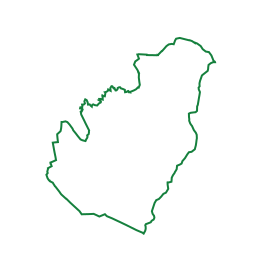 outline of Senjeh, Bomi, Liberia, rotated 193°
{"feature_id": "62588387B88523823709040", "entity_name": "Senjeh", "entity_type": "district", "adm_level": 2, "iso_a3": "LBR", "parent_name": "Liberia", "parent_adm1": "Bomi", "projection": "robinson", "projection_center": [-10.869, 6.837], "detail": "fine", "context": "isolated", "style": "outline", "palette": "green", "viewbox_px": 256, "rotation_deg": 193, "n_neighbors": 0, "source": "geoboundaries", "source_scale": "gbopen_adm2", "svg_char_len": 4227}
<svg xmlns="http://www.w3.org/2000/svg" viewBox="0 0 256 256"><g transform="rotate(193 128 128)"><path d="M195.0,60.9L194.9,60.8L193.4,59.4L192.5,59.2L192.3,58.6L189.0,57.8L187.5,56.2L187.2,56.0L186.1,54.8L185.7,54.7L180.2,50.2L179.5,49.5L178.1,48.3L172.4,45.1L172.2,45.2L167.2,42.1L157.5,36.6L156.7,36.2L153.7,33.5L153.4,33.6L146.4,35.4L142.5,36.5L142.1,36.6L139.1,36.0L136.0,35.3L131.1,38.8L128.9,37.4L128.6,37.3L123.2,36.4L115.8,34.8L115.7,34.8L109.0,33.3L108.5,33.2L96.8,30.4L90.1,29.2L89.3,28.7L89.0,28.6L88.1,31.8L88.1,33.8L88.6,35.8L89.3,37.1L89.0,38.3L87.2,39.5L84.7,41.2L84.6,41.3L84.4,41.9L84.1,42.9L82.4,44.6L82.1,46.5L82.3,47.0L82.6,47.7L82.9,48.3L84.7,49.9L86.0,52.3L85.2,61.0L84.4,63.5L84.3,64.0L81.9,65.8L81.0,67.3L80.6,68.0L80.3,68.4L78.7,71.8L76.5,73.5L75.1,77.8L75.3,78.3L76.6,81.6L77.2,83.9L77.0,84.0L76.7,83.9L75.3,84.5L73.6,85.4L73.8,87.1L74.2,89.4L73.6,92.0L72.5,94.7L72.4,95.6L71.8,97.2L71.3,98.9L71.5,100.4L71.7,102.3L69.3,104.0L67.8,105.4L67.5,108.1L67.3,108.5L67.2,108.6L65.7,111.4L64.3,115.6L63.2,118.1L60.7,119.1L58.1,122.3L58.1,123.4L58.0,126.2L58.2,128.9L58.5,131.7L58.6,133.5L59.4,136.4L59.5,136.8L60.9,138.7L63.3,140.7L66.1,144.4L66.9,145.0L68.4,146.4L69.5,148.1L70.0,148.8L70.3,150.5L71.0,152.3L71.9,155.7L71.3,156.2L70.4,156.9L67.7,157.9L67.4,158.0L65.7,158.6L64.6,160.2L64.7,160.7L65.5,164.6L65.2,166.2L65.2,166.4L65.6,172.8L65.7,174.7L65.7,174.8L65.7,175.0L65.8,176.6L66.0,179.2L66.8,180.3L67.7,181.5L68.1,182.7L68.3,183.1L67.6,184.8L68.0,186.0L68.1,186.5L68.4,187.6L68.4,190.2L68.0,193.6L67.8,195.8L66.9,197.0L64.4,200.1L63.2,201.6L63.2,202.4L63.2,203.5L63.5,205.3L63.7,207.6L61.9,209.8L59.8,211.3L58.0,211.7L58.1,211.9L58.8,212.4L59.6,212.3L60.3,213.5L62.4,216.5L63.1,217.5L66.3,220.2L66.9,220.1L69.5,220.0L70.7,220.6L72.9,221.6L75.6,224.2L79.7,225.9L82.4,226.3L82.3,226.0L85.2,227.1L87.8,227.4L88.0,227.2L97.8,227.4L100.0,226.4L101.2,225.8L101.8,223.9L102.3,219.9L104.3,219.8L107.1,218.6L109.0,216.4L110.9,212.8L111.2,212.3L112.1,210.6L112.4,210.6L115.2,205.9L115.4,205.9L115.3,205.7L116.6,205.3L120.5,204.5L126.0,203.3L126.2,203.7L134.2,202.3L134.9,201.9L135.4,201.7L132.9,198.0L134.2,196.4L135.9,194.5L136.4,191.0L133.1,187.9L132.1,186.9L131.9,186.7L130.0,184.4L130.3,184.3L129.5,183.2L128.8,179.5L128.5,178.7L127.3,175.4L126.2,172.7L126.7,169.7L127.5,169.8L128.8,167.6L130.8,165.9L134.2,163.5L134.0,163.2L135.0,163.2L135.5,163.7L135.9,164.1L136.4,163.8L136.3,163.5L136.8,163.7L137.7,162.7L138.9,162.2L139.3,163.3L139.7,164.5L142.0,164.9L143.8,165.0L144.8,165.9L145.8,165.7L147.0,164.7L147.0,163.3L147.7,162.1L148.6,161.8L149.2,162.5L150.2,163.9L150.9,163.4L152.6,165.1L153.5,165.0L154.2,162.9L153.3,160.3L155.0,160.7L156.0,161.1L156.1,159.5L157.2,158.4L158.5,157.7L157.9,157.3L157.8,155.3L157.7,153.7L158.0,153.7L158.7,153.5L160.3,154.0L160.3,153.7L159.5,151.8L159.0,150.0L161.1,150.2L162.4,149.9L161.8,149.1L162.6,148.6L160.4,147.8L160.3,146.8L161.9,145.3L163.1,143.0L165.7,142.8L167.1,143.2L167.9,142.7L168.2,141.7L168.1,140.7L169.3,141.3L170.7,142.4L172.2,141.8L173.2,144.1L174.6,145.9L176.1,146.3L176.5,144.2L175.5,142.2L176.4,140.9L178.0,140.5L177.4,139.2L177.3,138.0L179.1,137.4L179.1,136.3L176.9,136.5L176.4,135.9L176.7,135.2L177.4,133.8L176.8,133.9L177.3,132.3L177.2,132.0L176.6,130.6L172.1,125.1L170.6,123.2L165.3,116.8L165.3,116.0L165.2,115.2L165.0,114.8L165.0,114.3L165.0,113.4L165.0,113.0L165.1,112.8L165.3,112.6L165.6,112.3L165.7,112.2L166.0,111.9L166.1,111.7L166.1,111.4L166.0,111.2L165.9,111.0L165.6,110.7L165.5,110.2L165.5,109.9L165.5,109.6L165.5,109.4L165.6,109.0L165.8,108.6L166.1,107.7L166.3,107.0L166.3,106.7L166.4,106.2L166.4,105.9L166.5,105.7L169.7,105.8L171.7,106.2L175.3,109.0L177.7,111.0L180.8,113.4L180.9,113.5L181.9,114.9L185.7,118.2L188.4,120.1L190.4,120.4L193.4,119.0L194.1,118.9L193.6,116.2L193.3,114.4L193.1,112.8L193.0,110.5L193.0,109.9L193.1,109.6L195.3,106.4L195.6,106.0L195.4,105.2L194.6,102.8L193.1,98.5L196.1,97.5L198.0,96.8L197.7,96.1L195.6,91.2L194.3,88.2L192.9,85.1L192.2,83.6L191.0,80.7L190.9,80.5L193.8,78.3L194.9,77.5L195.8,76.9L195.3,76.0L195.4,75.7L194.9,75.4L193.8,73.6L194.7,72.8L197.0,70.8L196.7,70.2L196.8,69.2L196.8,67.1L196.1,66.1L196.3,65.6L197.0,64.1L195.9,62.3L195.0,60.9Z" fill="none" stroke="#15803d" stroke-width="2"/></g></svg>